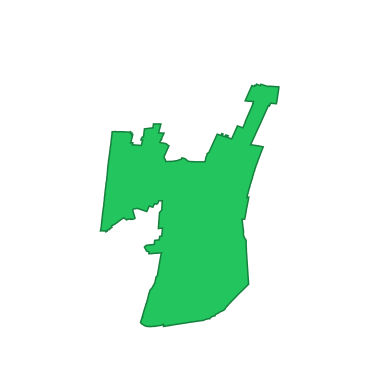 outline of Midden-Delfland, Zuid-Holland, Netherlands, rotated 306°
{"feature_id": "6326949B8148918487264", "entity_name": "Midden-Delfland", "entity_type": "district", "adm_level": 2, "iso_a3": "NLD", "parent_name": "Netherlands", "parent_adm1": "Zuid-Holland", "projection": "equal_earth", "projection_center": [4.318, 51.971], "detail": "fine", "context": "isolated", "style": "filled", "palette": "green", "viewbox_px": 384, "rotation_deg": 306, "n_neighbors": 0, "source": "geoboundaries", "source_scale": "gbopen_adm2", "svg_char_len": 5853}
<svg xmlns="http://www.w3.org/2000/svg" viewBox="0 0 384 384"><g transform="rotate(306 192 192)"><path d="M204.3,106.5L204.1,106.5L203.9,106.4L203.6,106.1L201.8,103.3L199.5,99.8L196.6,95.9L196.0,94.6L194.0,92.2L193.7,92.0L193.2,92.2L192.6,92.7L192.2,93.0L185.2,96.9L184.6,97.4L183.8,97.7L182.9,98.3L180.4,99.5L178.4,100.7L176.5,101.7L171.7,104.3L168.4,106.0L166.4,107.2L163.6,108.7L160.9,110.3L158.1,112.0L155.5,113.6L154.0,114.4L152.7,115.2L150.9,116.3L150.2,116.6L148.9,117.1L148.7,117.2L147.7,117.9L143.2,120.4L139.0,122.8L138.0,123.5L136.4,124.2L133.5,126.1L131.2,127.2L130.2,128.0L128.5,128.9L126.4,129.9L125.5,130.5L122.3,132.2L110.5,139.0L109.0,139.8L108.5,140.0L107.6,140.3L106.7,140.8L107.0,141.0L109.9,145.4L109.3,145.8L110.4,146.4L111.2,145.8L113.3,147.4L113.9,146.7L116.2,148.1L117.4,146.8L120.2,148.3L120.7,148.5L122.3,149.1L125.8,150.1L131.0,151.9L131.0,155.6L131.9,155.6L132.6,156.7L132.9,156.8L133.4,157.4L133.6,157.4L134.1,158.0L133.8,158.4L134.6,159.2L134.4,159.4L134.5,159.6L134.9,159.8L135.0,159.8L135.8,160.6L137.0,161.4L137.4,161.2L138.3,160.1L142.5,154.6L143.5,154.7L144.4,155.0L144.7,155.3L145.1,156.0L145.7,156.5L146.1,156.8L146.6,157.5L146.8,157.9L149.6,166.9L155.6,165.6L156.2,168.0L156.3,168.1L156.7,169.3L157.1,169.1L160.4,168.6L160.6,168.6L161.3,170.5L162.4,171.0L162.6,171.0L165.3,170.4L165.5,170.4L165.8,170.6L166.4,171.9L167.6,173.1L164.9,174.6L163.9,175.4L159.8,178.0L159.3,178.1L156.4,177.8L156.1,177.9L142.6,186.3L145.5,189.3L138.6,193.4L137.1,191.9L134.1,193.6L130.9,190.2L127.5,192.3L124.2,188.9L124.4,188.9L123.3,187.8L123.3,187.7L121.9,186.3L121.7,186.3L119.5,185.8L117.5,189.9L117.5,190.2L118.3,192.6L116.7,193.4L118.9,196.2L119.3,196.4L124.9,203.2L124.4,203.4L122.9,203.8L103.8,213.2L102.3,212.9L102.0,212.9L97.3,215.1L96.5,215.3L95.5,215.5L92.1,215.9L90.9,216.0L89.6,215.9L88.0,215.7L86.5,216.4L86.4,216.3L84.6,216.8L78.1,219.5L78.0,219.4L74.9,220.7L74.7,220.5L71.4,221.9L71.3,221.7L66.5,223.4L65.5,223.8L61.7,225.1L61.5,225.3L61.8,225.7L61.4,225.8L60.5,225.6L56.4,226.9L56.2,227.2L56.3,227.3L55.8,228.2L56.0,232.1L56.4,233.6L56.6,234.2L57.3,235.4L58.6,237.4L59.6,238.6L60.8,239.9L61.0,240.4L66.8,246.2L68.1,246.4L67.8,247.7L67.8,247.8L66.6,248.1L68.0,249.5L70.1,251.4L69.9,251.5L71.7,253.2L71.8,253.2L85.0,266.5L92.7,274.4L94.7,276.6L94.9,276.6L95.7,277.2L96.9,277.9L99.1,279.7L99.9,280.9L100.5,280.7L102.2,281.1L104.2,282.1L105.1,283.4L106.4,282.9L109.7,284.5L111.2,285.1L112.0,285.4L113.2,286.2L114.1,286.7L115.1,287.2L115.9,287.4L116.7,287.5L118.2,287.3L118.8,287.3L119.7,287.4L119.8,287.4L120.1,287.3L120.1,287.5L120.5,287.5L123.5,287.8L127.9,288.4L128.2,288.4L128.4,288.4L131.2,288.9L135.8,289.5L150.7,292.0L158.8,285.2L174.8,271.9L176.2,270.7L178.0,269.4L179.1,268.5L180.5,267.3L184.6,264.3L184.7,264.1L185.1,263.4L185.3,262.9L185.3,262.6L185.8,261.3L186.4,260.4L187.6,258.8L188.4,258.1L189.4,257.6L190.4,256.9L190.7,256.4L191.4,256.0L192.0,255.4L192.9,254.5L194.6,252.8L194.9,252.7L195.6,252.1L195.7,251.9L197.4,250.4L199.4,248.4L201.0,250.6L201.8,250.2L202.4,249.8L202.8,249.8L203.5,249.5L203.9,249.4L204.4,248.9L204.9,248.8L206.3,248.0L207.3,247.7L207.8,247.3L208.3,247.1L208.6,246.9L209.2,246.6L210.1,246.2L211.0,245.7L211.3,245.5L212.4,245.2L213.1,244.8L214.8,244.0L215.4,243.8L216.1,243.3L216.6,243.2L216.9,243.1L217.3,242.8L218.3,242.4L219.5,241.8L221.2,240.9L219.7,239.8L221.3,238.9L222.2,238.6L222.7,238.5L223.6,238.2L224.7,237.6L225.0,237.5L227.4,236.6L229.0,236.0L229.3,235.8L229.5,235.7L229.8,235.7L230.2,235.8L230.5,235.7L231.2,235.1L231.8,234.9L232.3,234.7L232.8,234.5L233.6,234.4L234.2,234.1L234.9,234.0L235.4,233.7L235.7,233.6L236.0,233.6L236.7,233.3L238.4,232.8L238.9,232.6L239.8,232.1L241.6,231.5L241.9,231.4L242.5,231.3L243.2,230.8L243.7,230.7L244.8,230.3L245.4,230.3L245.8,230.1L247.1,229.7L247.7,229.3L248.6,229.1L249.2,228.9L250.0,228.8L250.7,228.4L251.1,228.2L251.8,228.2L253.0,227.8L255.1,227.3L255.4,227.1L256.8,226.7L257.7,226.5L258.7,226.2L259.1,226.2L259.5,226.0L259.8,225.9L261.4,225.5L262.1,225.4L263.2,224.9L264.1,224.7L265.0,224.5L268.3,223.6L269.3,223.4L270.4,223.1L269.4,220.9L268.7,219.4L267.5,217.0L264.7,211.6L266.9,211.2L280.7,208.4L282.2,208.1L282.5,207.9L283.0,208.0L306.9,203.0L307.1,203.9L307.1,204.1L310.1,203.4L311.0,205.1L313.0,208.4L314.9,207.5L324.6,202.5L328.0,200.6L328.2,200.3L327.9,199.9L327.2,199.1L324.6,194.8L322.8,192.0L322.5,192.1L321.9,191.2L319.7,184.4L318.1,184.7L317.2,180.8L315.7,181.0L315.4,180.1L313.9,180.3L313.4,177.9L297.0,181.4L298.7,184.5L300.6,187.3L301.3,188.6L300.1,189.0L299.3,189.1L298.9,189.3L299.0,189.6L280.2,193.7L280.0,193.8L280.0,194.1L277.9,194.5L273.8,195.4L272.2,189.9L258.3,192.9L257.7,191.0L257.2,189.3L257.0,188.6L258.8,188.2L258.5,187.3L256.7,187.7L256.4,186.9L258.2,186.5L258.0,185.9L257.9,185.7L256.1,186.0L255.2,183.4L257.1,183.0L256.7,181.7L254.8,182.1L253.6,178.4L235.0,182.2L234.9,182.3L233.7,182.4L231.9,181.6L230.9,182.3L229.0,182.7L227.8,183.1L225.9,184.0L224.0,184.7L219.0,177.8L216.0,173.3L215.2,171.9L214.8,171.0L214.6,170.0L214.6,169.6L214.9,167.7L214.9,167.3L214.8,166.8L214.4,165.5L213.8,163.8L212.5,164.0L212.2,164.0L208.4,161.3L205.2,158.0L201.3,152.9L201.8,152.3L202.7,151.0L202.8,150.3L203.5,149.2L203.9,148.7L215.8,146.2L215.7,145.4L215.8,143.8L215.9,143.0L215.7,142.3L215.5,141.8L215.2,141.2L214.8,140.1L213.7,138.3L213.4,137.3L213.2,136.7L216.0,136.2L216.2,136.6L218.4,135.7L223.2,134.8L220.2,130.2L228.7,126.9L228.0,125.8L226.8,124.1L224.4,120.8L221.0,122.7L215.1,116.4L208.0,120.4L207.1,119.4L206.6,119.6L206.4,119.6L205.2,119.9L205.2,119.7L204.0,120.2L204.9,121.6L199.9,123.6L195.1,116.0L197.1,115.2L196.8,114.6L195.7,113.5L201.7,111.2L201.7,110.9L202.1,110.7L202.4,110.7L202.5,110.8L203.2,110.5L203.5,110.3L203.3,110.1L203.5,110.1L203.3,109.8L203.5,109.7L203.3,109.4L204.4,108.8L203.3,107.7L204.5,107.0L204.2,106.8L204.3,106.5Z" fill="#22c55e" stroke="#15803d" stroke-width="1.5"/></g></svg>